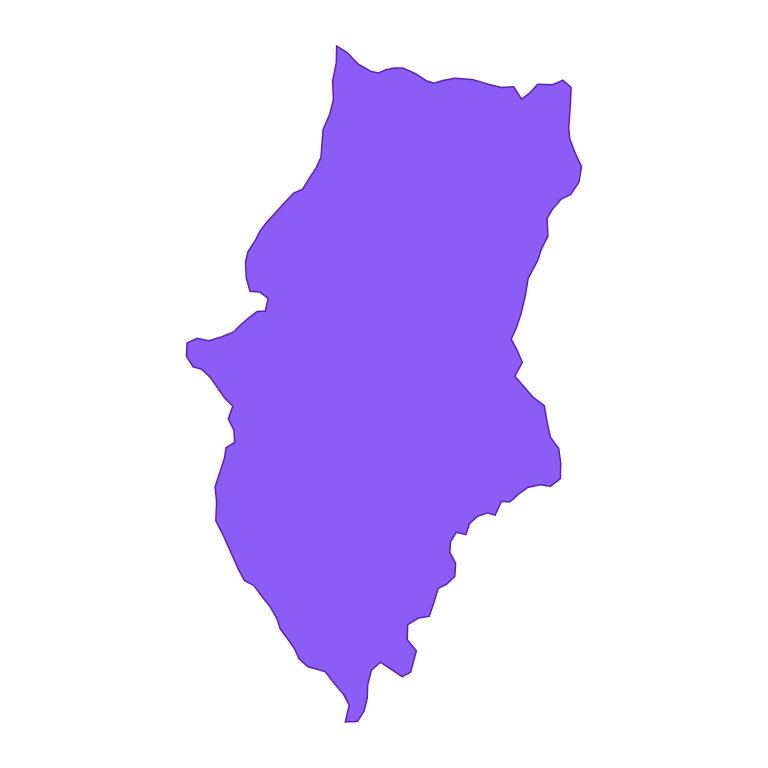 Lucianópolis, São Paulo, Brazil
{"feature_id": "56859067B1295139802373", "entity_name": "Lucianópolis", "entity_type": "district", "adm_level": 2, "iso_a3": "BRA", "parent_name": "Brazil", "parent_adm1": "São Paulo", "projection": "equal_earth", "projection_center": [-49.55, -22.48], "detail": "fine", "context": "isolated", "style": "filled", "palette": "violet", "viewbox_px": 768, "rotation_deg": 0, "n_neighbors": 0, "source": "geoboundaries", "source_scale": "gbopen_adm2", "svg_char_len": 1906}
<svg xmlns="http://www.w3.org/2000/svg" viewBox="0 0 768 768"><path d="M560.7,462.6L558.6,448.2L550.4,437.2L547.1,422.1L544.3,405.7L533.1,397.3L523.6,386.3L514.9,376.2L522.3,362.4L516.5,348.8L511.2,339.3L516.2,328.1L521.0,313.9L525.4,295.1L528.1,278.5L537.6,260.6L541.3,249.2L547.9,236.3L547.1,218.2L552.4,209.3L561.1,199.2L570.7,194.4L578.9,182.2L581.5,166.6L574.8,152.2L569.8,139.0L568.7,128.5L570.3,105.8L571.1,87.5L562.9,80.2L552.6,84.7L537.6,84.3L529.9,92.9L521.6,99.1L513.7,86.8L501.5,87.5L488.3,84.3L473.0,79.7L455.1,78.2L443.2,80.4L434.1,83.2L426.4,80.8L415.6,73.7L403.0,68.1L393.7,68.1L385.8,69.8L378.3,73.0L370.6,71.3L357.8,63.8L347.1,52.5L336.6,46.1L336.3,62.7L332.6,80.8L333.4,99.6L330.0,113.6L323.1,129.5L321.0,157.1L316.0,168.1L308.3,179.8L302.5,189.3L293.7,193.1L285.5,201.6L275.5,212.6L266.0,223.1L259.9,231.3L255.4,240.2L247.9,251.8L245.5,262.4L246.3,277.9L250.0,291.3L259.9,292.1L268.1,298.4L265.3,311.1L257.1,311.5L248.9,317.8L240.7,324.9L233.6,332.0L221.2,337.0L208.8,340.8L197.2,338.3L187.0,343.0L186.5,356.4L193.1,366.9L201.4,369.1L210.4,377.5L224.6,398.0L232.8,406.2L228.3,418.9L233.9,430.1L234.7,442.2L226.0,447.8L224.6,457.7L218.3,477.1L215.1,486.6L216.6,501.9L215.8,520.8L222.8,534.4L230.4,551.2L238.4,569.3L244.4,580.5L253.9,585.5L262.4,597.1L269.9,606.4L277.0,618.7L280.2,629.0L287.1,638.1L294.7,649.1L298.9,658.6L307.9,666.8L315.8,668.9L325.2,671.7L334.2,683.3L343.7,694.6L349.2,705.3L345.3,721.9L357.4,721.5L364.0,711.1L367.2,698.4L367.7,684.9L371.4,670.2L380.4,662.2L391.6,669.6L402.2,676.7L410.6,672.1L416.4,650.8L407.2,639.6L407.7,624.7L418.5,618.0L429.2,616.3L433.6,603.6L438.2,588.3L446.4,584.4L454.8,576.4L455.6,563.3L449.8,552.3L450.6,541.7L456.2,532.3L465.9,534.6L469.6,523.4L477.5,516.3L487.7,512.9L495.1,515.2L501.4,501.4L509.9,501.9L518.3,494.3L527.8,487.4L540.0,484.8L550.4,486.3L560.4,478.6L560.7,462.6Z" fill="#8b5cf6" stroke="#5b21b6" stroke-width="1.5"/></svg>